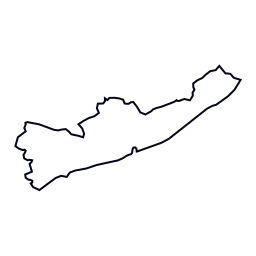 map outline of Hambantŏṭa (orthographic projection)
{"feature_id": "LKA-2465", "entity_name": "Hambantŏṭa", "entity_type": "District", "adm_level": 1, "iso_a3": "LKA", "parent_name": "Sri Lanka", "parent_adm1": "", "projection": "orthographic", "projection_center": [81.085, 6.277], "detail": "fine", "context": "isolated", "style": "outline", "palette": "ink", "viewbox_px": 256, "rotation_deg": 0, "n_neighbors": 0, "source": "natural_earth", "source_scale": "10m", "svg_char_len": 1541}
<svg xmlns="http://www.w3.org/2000/svg" viewBox="0 0 256 256"><path d="M240.6,79.9L234.4,89.9L228.0,96.3L216.1,104.8L212.2,105.9L207.0,108.7L169.0,138.7L161.4,142.8L136.8,151.6L136.7,151.6L136.4,148.6L134.9,147.3L134.6,147.4L133.3,147.7L132.5,149.4L132.1,152.9L131.0,154.2L129.2,154.7L126.8,155.7L122.4,158.4L117.9,160.4L96.6,165.0L86.3,168.5L74.9,170.6L69.8,172.6L66.7,176.9L61.1,175.8L57.7,177.2L55.8,177.9L47.9,183.7L40.0,189.6L39.5,190.1L38.3,189.5L33.1,187.1L30.7,183.4L32.2,182.6L32.3,180.8L30.5,179.9L28.5,179.7L25.7,177.8L25.2,174.5L31.9,171.7L29.6,163.8L31.5,162.1L32.2,160.3L30.0,159.8L27.6,160.2L24.2,158.4L23.5,154.9L24.7,153.0L25.7,150.8L24.6,149.7L22.8,150.1L18.9,148.6L15.4,146.1L17.9,137.2L25.7,131.3L24.3,128.0L25.7,124.4L25.4,122.8L27.3,122.1L39.0,124.3L54.0,129.8L58.0,130.4L61.9,129.5L65.8,129.1L68.9,131.6L71.3,134.3L78.8,135.9L83.1,137.3L84.1,133.7L82.2,128.4L78.5,124.2L83.5,120.9L88.7,118.1L94.5,116.2L98.9,112.9L96.9,108.3L97.9,103.6L100.5,103.6L103.3,103.4L105.0,101.0L104.9,98.3L107.4,100.1L109.4,97.9L114.5,97.8L119.6,98.5L123.1,99.7L124.7,103.5L126.7,103.8L128.9,103.7L130.8,102.3L133.3,102.0L137.2,107.1L140.3,112.4L145.4,114.5L151.0,111.4L153.0,109.4L156.2,108.1L162.1,106.5L174.3,101.8L176.6,100.2L177.1,100.8L178.9,101.0L184.3,99.0L190.0,100.3L192.7,95.9L192.7,94.2L192.6,92.5L193.5,91.2L194.4,89.7L193.3,87.0L193.2,83.5L197.3,80.3L202.1,78.1L205.9,74.5L210.2,71.2L215.7,70.1L219.3,65.9L225.5,73.4L227.8,73.5L230.4,73.9L233.8,77.8L238.8,79.3L240.6,79.9Z" fill="none" stroke="#020617" stroke-width="2"/></svg>